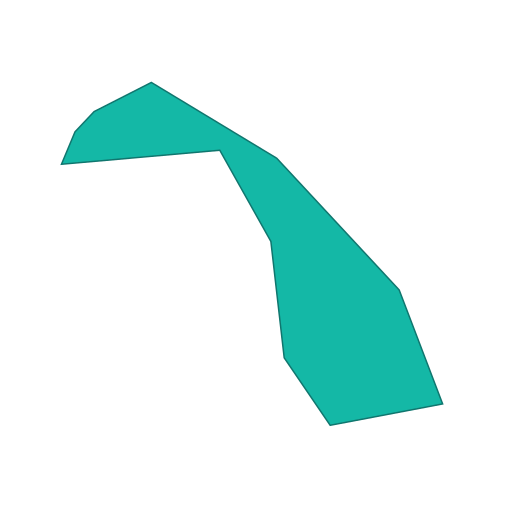 SVG path tracing the border of Aitutaki, rotated 188°
{"feature_id": "COK-4951", "entity_name": "Aitutaki", "entity_type": "state/province", "adm_level": 1, "iso_a3": "COK", "parent_name": "Cook Islands", "parent_adm1": "", "projection": "albers", "projection_center": [-158.934, -19.256], "detail": "fine", "context": "isolated", "style": "filled", "palette": "teal", "viewbox_px": 512, "rotation_deg": 188, "n_neighbors": 0, "source": "natural_earth", "source_scale": "10m", "svg_char_len": 313}
<svg xmlns="http://www.w3.org/2000/svg" viewBox="0 0 512 512"><g transform="rotate(188 256 256)"><path d="M383.8,413.3L249.1,355.7L109.5,242.3L50.6,135.5L159.0,98.7L213.9,159.1L243.3,272.5L306.6,355.7L461.4,319.8L452.5,353.8L436.4,376.5L383.8,413.3Z" fill="#14b8a6" stroke="#0f766e" stroke-width="1.5"/></g></svg>